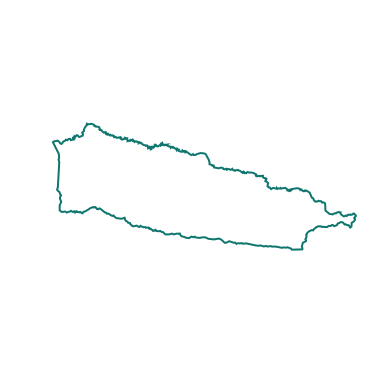 outline of Cocos, Bahia, Brazil, rotated 233°
{"feature_id": "56859067B89151730044030", "entity_name": "Cocos", "entity_type": "district", "adm_level": 2, "iso_a3": "BRA", "parent_name": "Brazil", "parent_adm1": "Bahia", "projection": "robinson", "projection_center": [-45.253, -14.545], "detail": "fine", "context": "isolated", "style": "outline", "palette": "teal", "viewbox_px": 384, "rotation_deg": 233, "n_neighbors": 0, "source": "geoboundaries", "source_scale": "gbopen_adm2", "svg_char_len": 6051}
<svg xmlns="http://www.w3.org/2000/svg" viewBox="0 0 384 384"><g transform="rotate(233 192 192)"><path d="M315.4,110.9L302.8,108.6L301.0,107.6L298.9,106.2L298.3,105.0L295.8,104.0L279.2,90.0L276.5,87.7L275.3,85.9L274.4,85.5L271.6,86.1L269.4,85.3L268.2,85.5L267.3,83.5L266.1,82.5L262.9,81.7L261.0,78.3L257.0,75.3L254.5,75.9L252.6,79.1L250.9,79.7L250.4,81.7L249.5,83.5L249.7,84.0L247.6,85.0L247.5,86.4L247.1,86.7L246.1,86.4L246.4,87.5L246.1,88.2L245.6,88.4L245.6,87.8L245.2,88.1L244.2,89.5L243.5,89.8L243.3,90.8L241.1,91.4L241.0,92.3L241.5,93.4L241.0,94.3L240.4,97.9L240.3,101.2L239.4,104.1L238.8,104.1L238.1,105.8L235.6,105.8L234.7,106.8L235.0,107.2L234.2,108.6L227.9,110.2L226.9,111.1L225.9,111.0L225.1,112.2L221.4,113.6L220.6,114.3L220.7,114.8L220.3,115.3L219.0,115.2L216.7,115.9L213.1,119.5L212.0,122.7L211.4,122.6L211.1,122.0L208.6,121.8L207.2,122.6L205.8,122.5L204.5,123.8L203.1,123.3L202.5,123.7L200.6,123.9L199.9,124.4L198.4,127.6L195.9,128.6L195.9,130.6L195.0,130.6L194.1,131.6L193.1,131.9L192.4,133.2L191.9,133.7L191.3,133.6L189.8,135.9L188.8,136.2L188.8,135.7L188.1,135.8L187.6,136.9L186.3,137.0L185.4,137.6L184.4,137.5L184.0,137.8L183.9,140.0L183.5,140.2L182.5,139.9L180.9,141.5L179.9,143.3L178.4,143.7L177.5,144.7L174.2,145.2L171.9,148.2L170.8,151.0L169.2,151.8L168.0,154.7L166.8,156.0L166.5,156.9L166.0,157.3L164.3,156.8L163.0,157.0L160.5,159.0L159.1,159.6L156.9,162.0L156.8,164.6L155.1,165.9L154.7,167.3L153.8,167.3L150.7,170.5L149.5,173.1L147.6,175.5L144.8,176.9L140.9,181.0L138.7,185.4L136.5,186.7L131.7,187.6L130.9,188.9L130.2,192.2L126.5,194.7L125.5,196.0L123.9,196.2L123.6,197.6L122.0,199.5L121.3,201.0L120.2,201.4L118.2,204.5L111.0,210.7L108.8,213.0L108.2,214.5L105.3,216.6L104.4,218.6L102.8,219.7L101.7,222.0L100.0,223.2L99.3,224.5L96.8,227.2L93.3,230.2L92.7,231.7L91.0,233.5L90.4,235.0L87.1,237.1L86.0,237.0L85.6,237.4L79.8,245.5L80.5,246.3L82.3,246.9L84.7,249.9L84.2,253.6L84.6,254.0L86.0,254.1L86.6,255.5L88.2,257.3L89.2,257.5L89.4,258.1L90.1,260.2L90.1,262.1L89.5,264.7L88.4,265.7L88.9,266.6L89.1,270.3L88.7,271.4L88.8,272.0L87.1,274.1L85.9,274.7L85.9,275.2L83.6,277.5L82.7,279.0L82.6,280.9L81.4,282.2L81.5,283.6L81.1,284.5L79.1,285.0L78.3,287.9L79.2,289.5L78.7,290.4L78.5,292.4L77.6,293.7L76.5,294.3L74.2,294.3L73.9,295.2L72.3,295.8L71.3,297.1L68.4,297.0L68.5,298.6L71.3,301.0L71.1,303.2L71.6,305.3L72.3,306.0L73.4,305.8L73.8,306.1L74.1,308.3L74.6,308.7L77.3,308.4L77.7,307.9L77.5,306.6L78.2,305.0L78.6,305.0L79.4,303.4L79.8,303.2L79.7,301.1L80.8,300.6L80.8,299.3L81.3,298.5L83.9,297.6L85.3,297.7L86.2,298.3L86.4,297.7L87.6,297.4L88.6,294.6L88.3,294.1L89.4,292.4L89.4,290.9L91.8,288.6L96.9,287.4L102.4,291.2L103.5,291.4L105.5,290.0L105.4,289.5L107.1,289.5L107.7,288.5L108.8,287.9L109.1,286.0L109.6,285.8L110.0,284.7L112.1,284.4L113.9,285.0L115.3,284.3L120.7,285.6L124.3,284.2L124.7,283.9L124.6,283.0L125.4,282.7L125.3,281.7L125.6,281.4L127.6,280.6L128.2,280.9L128.8,280.4L128.7,279.7L129.8,279.9L131.7,278.4L134.1,273.8L133.6,272.2L134.0,270.3L135.2,269.7L135.4,270.6L136.0,269.1L137.0,269.6L139.2,269.0L141.1,265.3L141.9,265.1L141.7,264.4L142.9,263.2L143.1,262.1L144.0,262.1L143.6,261.7L146.2,259.4L146.6,258.8L146.7,256.9L148.8,256.8L149.5,255.9L150.4,256.1L151.2,255.8L153.3,258.1L154.8,258.0L156.5,257.1L157.6,259.3L158.6,259.2L158.7,258.6L160.5,257.7L161.5,257.6L162.2,258.4L163.5,256.5L163.5,255.9L164.4,255.3L165.6,253.1L166.3,252.8L166.9,253.0L166.9,253.7L167.6,253.8L170.4,252.4L172.3,250.6L173.0,249.4L174.6,248.4L174.4,246.5L175.3,246.0L175.4,245.3L175.8,245.0L176.7,245.7L177.3,245.5L177.5,244.3L177.2,243.8L180.3,243.0L181.5,241.8L182.1,241.9L183.0,240.1L183.0,239.2L183.8,239.0L184.3,238.2L185.5,237.8L186.2,238.1L186.4,236.2L188.3,235.2L188.8,233.3L189.6,233.7L190.0,233.4L190.5,231.6L191.7,230.8L192.9,231.0L194.3,229.3L194.7,227.8L198.3,224.4L200.1,225.2L200.5,224.1L201.3,224.3L203.6,222.7L205.5,224.0L207.9,224.8L213.7,225.7L215.3,225.1L218.0,222.2L219.5,218.2L219.5,217.1L220.6,215.5L221.6,215.6L221.9,213.8L222.6,213.3L228.0,211.7L227.5,211.0L227.7,210.4L229.1,210.8L229.7,210.2L229.6,209.4L230.9,209.3L230.1,208.3L231.0,207.3L232.8,206.1L233.6,206.9L234.3,206.0L234.8,206.2L234.9,205.6L235.3,205.7L234.9,205.0L235.9,205.2L237.8,204.3L239.1,204.1L239.0,203.4L240.2,203.1L240.4,202.5L240.1,201.6L241.8,201.8L242.7,200.6L244.5,200.1L244.8,199.7L244.8,200.7L246.8,197.5L247.3,197.8L248.4,197.2L249.2,197.7L249.4,195.5L248.8,196.8L248.4,196.2L247.5,196.4L248.0,195.5L247.9,194.8L248.6,194.8L248.9,194.2L248.9,192.2L250.1,191.2L251.1,191.5L252.1,191.1L252.0,190.4L251.4,190.1L250.9,190.5L251.1,189.1L250.7,188.8L250.6,187.9L252.3,187.4L252.4,186.9L251.5,186.6L250.7,185.6L250.9,184.6L253.7,185.4L254.3,184.6L254.0,184.0L253.2,183.7L253.3,183.2L255.0,184.1L256.3,184.1L256.5,182.9L257.4,182.9L258.4,181.8L261.3,180.7L261.8,181.1L262.8,180.2L263.0,178.8L263.9,179.5L264.8,178.4L265.5,178.4L266.3,177.6L266.5,176.4L267.0,176.7L268.2,175.6L268.5,176.3L269.7,176.2L270.1,173.6L270.7,173.8L270.7,172.3L271.6,171.8L271.6,171.2L273.5,172.3L274.0,171.6L274.2,172.2L274.7,171.5L275.8,171.1L275.2,169.6L275.9,167.7L276.7,167.4L276.9,167.8L277.6,168.0L278.2,167.7L278.0,167.1L278.8,166.9L279.1,167.4L280.4,164.6L281.6,164.4L282.6,162.8L283.5,163.3L283.9,162.9L284.3,163.2L285.5,162.2L286.0,160.9L286.8,160.5L287.2,160.9L288.2,159.7L289.1,159.9L289.0,158.8L289.7,158.8L290.1,158.2L290.9,158.5L291.4,159.2L292.1,158.9L292.4,157.4L294.0,156.8L295.7,157.0L296.8,155.9L297.1,156.3L297.8,155.8L298.4,156.6L300.0,156.8L302.2,154.5L302.7,154.7L303.4,153.9L303.7,154.3L304.9,154.1L306.9,152.7L308.4,150.1L309.8,149.2L309.1,148.3L308.7,148.8L308.5,147.1L307.7,144.6L306.7,143.0L305.7,142.4L305.5,140.1L304.9,139.7L303.8,139.8L302.8,138.6L303.7,135.2L304.2,134.8L306.1,134.7L306.8,134.0L306.3,132.1L307.1,131.8L306.1,131.0L307.0,130.8L307.0,129.7L306.6,129.4L305.3,129.5L305.0,129.1L305.8,128.1L306.2,126.5L307.7,126.7L308.2,126.2L308.6,125.2L308.3,123.6L309.7,122.8L309.3,121.6L309.8,119.4L309.2,118.3L308.9,116.7L310.3,116.0L312.0,116.2L313.9,115.6L315.6,111.9L315.4,110.9Z" fill="none" stroke="#0f766e" stroke-width="2"/></g></svg>